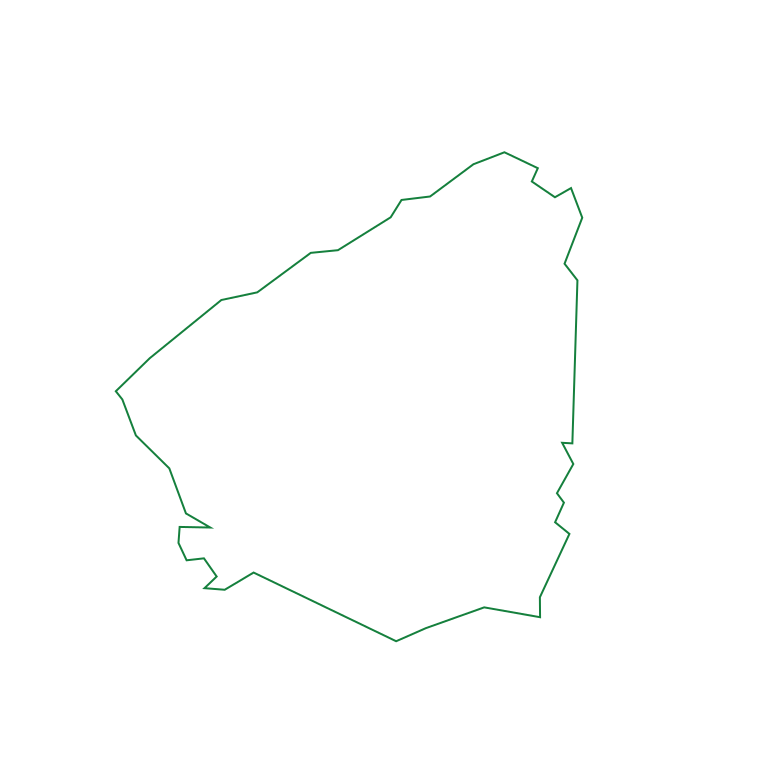 McMinn, Tennessee, United States of America, rotated 25°
{"feature_id": "52423323B39062108095107", "entity_name": "McMinn", "entity_type": "district", "adm_level": 2, "iso_a3": "USA", "parent_name": "United States of America", "parent_adm1": "Tennessee", "projection": "natural_earth1", "projection_center": [-84.621, 35.443], "detail": "fine", "context": "isolated", "style": "outline", "palette": "green", "viewbox_px": 768, "rotation_deg": 25, "n_neighbors": 0, "source": "geoboundaries", "source_scale": "gbopen_adm2", "svg_char_len": 693}
<svg xmlns="http://www.w3.org/2000/svg" viewBox="0 0 768 768"><g transform="rotate(25 384 384)"><path d="M525.2,587.5L569.2,544.1L624.0,529.4L615.4,511.4L615.4,441.5L597.5,437.0L597.2,415.5L586.9,409.9L589.4,376.5L570.3,362.0L579.8,358.2L515.5,208.3L496.8,198.7L493.4,149.5L470.7,127.4L460.0,142.5L432.4,138.0L432.2,123.4L395.2,123.1L372.2,147.0L346.5,194.6L322.1,209.8L319.6,230.1L285.7,282.2L262.2,296.1L230.4,354.5L201.1,376.6L160.8,459.6L144.0,503.9L153.4,508.6L180.9,535.5L225.1,551.2L259.2,585.0L287.2,587.5L259.2,599.9L264.9,614.9L279.6,627.2L294.5,618.1L313.7,629.2L307.6,644.9L326.6,637.8L345.5,610.0L503.7,612.0L525.2,587.5Z" fill="none" stroke="#15803d" stroke-width="2"/></g></svg>